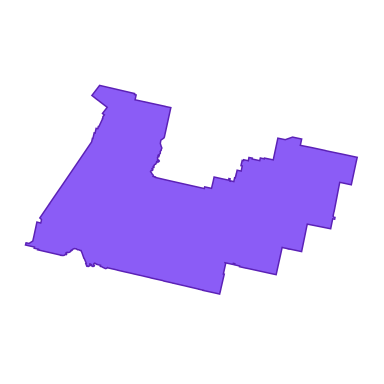 Narrandera, New South Wales, Australia, rotated 94°
{"feature_id": "25037944B16840847352668", "entity_name": "Narrandera", "entity_type": "district", "adm_level": 2, "iso_a3": "AUS", "parent_name": "Australia", "parent_adm1": "New South Wales", "projection": "orthographic", "projection_center": [146.605, -34.591], "detail": "fine", "context": "isolated", "style": "filled", "palette": "violet", "viewbox_px": 384, "rotation_deg": 94, "n_neighbors": 0, "source": "geoboundaries", "source_scale": "gbopen_adm2", "svg_char_len": 5448}
<svg xmlns="http://www.w3.org/2000/svg" viewBox="0 0 384 384"><g transform="rotate(94 192 192)"><path d="M173.7,33.6L150.4,30.3L148.5,30.0L148.4,30.0L145.9,29.6L143.6,45.7L143.1,49.6L141.5,61.3L141.3,62.0L140.0,71.1L139.3,76.0L138.5,82.4L137.9,87.2L131.5,86.3L130.2,95.5L133.3,102.6L132.3,110.1L154.3,113.2L154.0,115.3L153.1,122.1L153.9,122.2L153.3,126.2L156.0,126.6L154.9,134.3L154.0,134.2L153.6,137.6L156.9,138.0L156.2,142.7L157.1,142.8L156.9,144.1L162.3,145.0L162.5,143.7L167.7,144.4L167.1,148.5L171.8,149.2L171.7,149.3L174.9,149.8L174.8,150.5L178.7,151.0L178.2,154.3L178.6,154.4L178.4,155.2L176.2,154.9L176.0,156.1L177.6,156.3L177.6,156.5L176.8,162.3L175.5,171.0L179.8,171.6L187.0,172.8L186.0,179.7L187.7,180.0L184.1,203.6L182.0,217.3L181.9,217.9L181.4,221.1L180.0,229.7L179.5,229.6L179.2,231.8L178.9,231.6L178.7,231.5L178.0,232.0L177.5,232.2L177.4,232.3L177.1,232.7L177.0,232.9L176.4,233.3L175.8,233.7L175.2,234.1L174.8,234.7L174.7,234.8L174.3,234.8L174.0,234.5L173.6,234.3L173.4,234.1L173.4,233.3L173.3,233.1L172.9,232.8L172.6,232.6L172.4,232.6L172.1,232.8L171.8,233.4L171.6,233.5L171.4,233.5L171.3,233.4L170.8,232.7L170.5,232.1L170.3,231.8L170.2,231.7L169.9,231.8L169.7,232.0L169.4,232.4L169.3,232.5L169.2,232.5L169.1,232.4L168.9,232.2L168.9,231.8L168.8,231.7L168.6,231.6L168.0,231.6L167.8,231.6L167.3,231.2L167.0,230.7L166.8,230.2L166.7,230.1L166.0,230.0L165.9,229.9L165.7,229.8L165.4,229.3L165.3,229.2L164.9,229.2L164.5,229.4L164.3,229.4L164.1,229.4L164.1,229.1L164.2,228.9L164.3,228.7L164.5,228.2L164.5,227.8L163.8,227.0L163.6,226.9L163.4,226.8L162.6,227.3L162.4,227.5L162.7,228.0L162.7,228.3L162.6,228.5L162.4,228.5L162.2,228.6L161.2,228.7L160.8,228.6L159.9,228.7L159.8,228.8L159.5,228.6L159.3,228.6L159.2,228.5L159.2,228.4L159.3,228.2L159.2,227.7L158.9,227.8L158.5,227.7L158.3,227.3L157.8,227.2L157.7,227.3L157.8,227.6L157.9,228.1L157.8,228.3L157.7,228.4L156.2,226.7L155.5,226.3L153.7,226.5L152.5,225.6L151.9,225.7L151.3,225.5L150.7,225.2L150.0,225.2L149.5,225.4L148.9,225.8L145.8,227.0L142.5,226.7L140.1,223.8L139.2,223.4L133.0,222.5L109.3,219.0L108.5,224.9L108.4,224.9L106.4,238.7L104.0,255.2L99.1,254.5L98.8,256.2L97.8,256.1L92.1,291.6L102.7,298.6L105.0,295.2L105.3,294.8L113.4,282.5L119.9,286.8L120.6,285.8L121.2,284.8L123.0,286.1L124.7,286.2L125.0,286.4L125.1,286.2L125.5,286.3L125.6,286.5L133.2,289.4L133.2,290.0L135.4,290.4L135.2,292.1L140.0,292.8L139.8,293.7L145.6,294.6L145.5,295.1L149.0,295.6L180.8,314.1L196.9,323.5L197.0,323.6L213.0,333.0L213.3,333.1L213.6,333.1L213.7,333.4L213.8,333.4L228.5,342.0L229.9,340.3L230.1,340.2L232.6,340.5L232.9,340.7L233.5,340.8L232.8,344.6L246.9,346.6L248.8,346.9L252.0,347.4L254.7,351.0L254.3,353.4L254.3,354.0L256.5,354.4L257.9,345.3L259.1,345.5L259.8,341.0L259.9,340.9L260.1,341.1L260.5,341.5L264.1,318.7L264.3,318.7L264.4,318.1L264.2,318.0L264.2,317.7L264.2,317.4L264.4,316.7L264.3,316.1L264.2,315.4L264.1,315.1L263.5,314.4L263.3,314.2L263.2,314.1L263.2,313.7L263.3,313.1L263.1,312.9L262.9,312.8L262.6,312.7L262.3,312.7L262.2,312.8L262.0,313.3L261.8,313.5L261.6,313.5L261.2,313.2L261.0,312.7L260.9,312.5L260.9,312.2L260.9,311.9L261.0,311.4L261.0,311.1L260.8,310.5L260.6,310.0L260.4,309.6L260.1,309.3L259.6,308.9L259.4,308.8L259.1,308.8L258.9,308.8L258.9,308.5L259.0,308.3L259.0,308.1L258.7,307.8L258.3,307.8L258.2,307.8L258.2,307.7L258.3,307.4L258.2,307.3L257.9,307.3L257.6,307.1L257.6,306.9L257.2,306.6L256.8,305.9L256.8,305.6L256.6,305.3L256.6,305.2L256.8,304.9L256.8,304.5L256.8,304.3L256.7,304.2L256.7,303.8L256.7,303.7L256.8,303.2L257.1,303.0L257.3,302.7L257.6,302.0L257.6,301.6L257.5,301.2L257.5,300.9L257.9,300.0L258.1,299.4L258.2,299.2L258.1,298.9L258.1,298.6L260.8,297.3L265.7,295.2L265.8,294.9L270.5,292.5L270.8,293.0L273.3,291.8L273.2,291.6L273.1,291.3L273.2,291.2L273.5,290.8L273.6,290.5L273.6,290.4L273.1,289.6L272.9,289.1L272.6,288.6L272.4,288.5L272.3,288.3L272.1,288.3L271.9,288.4L271.4,288.9L271.2,289.0L270.8,288.9L270.8,288.5L270.9,288.3L271.6,287.2L271.9,287.0L272.6,286.8L272.9,286.6L273.1,286.5L273.2,286.3L273.2,286.2L273.0,285.6L273.0,285.4L273.0,285.2L273.1,284.9L272.9,284.6L272.4,284.3L272.2,284.2L272.0,284.3L271.9,284.4L271.8,284.7L271.6,284.8L271.4,285.0L270.9,285.0L270.3,284.8L270.1,284.7L269.9,284.4L269.8,284.2L269.8,283.9L269.9,283.7L270.2,283.2L270.5,282.6L270.6,282.4L270.6,282.2L270.8,282.2L271.5,278.1L272.6,278.3L272.7,278.1L272.6,277.7L272.7,277.3L272.9,276.7L273.4,275.7L273.7,274.9L274.1,273.8L274.4,273.1L274.4,272.6L274.3,272.3L273.7,271.5L273.7,271.3L273.7,271.2L273.4,271.0L273.5,270.9L274.3,266.0L274.6,263.7L275.0,261.5L275.2,260.7L276.4,253.2L276.8,250.4L277.7,244.6L277.8,244.4L278.0,242.9L280.4,227.6L280.6,227.1L282.4,214.9L282.7,214.2L282.8,213.8L284.0,205.7L284.2,205.1L284.3,204.5L284.3,204.3L284.3,204.1L285.5,196.6L288.4,178.6L288.5,178.6L289.2,173.9L289.4,174.0L291.1,162.4L291.9,157.3L289.7,157.0L289.7,156.9L285.6,156.3L271.7,154.1L271.6,155.0L261.4,153.5L261.2,153.5L260.3,154.0L261.4,146.0L260.3,145.8L260.5,144.3L261.7,144.5L262.5,139.3L263.2,139.4L264.2,132.9L264.2,132.4L265.0,126.8L265.3,124.8L267.1,112.6L268.6,102.3L248.5,99.3L241.0,98.2L241.1,97.5L241.3,96.8L241.7,93.5L241.8,93.4L242.1,92.0L241.9,92.1L243.8,78.5L226.6,76.2L216.6,74.9L216.3,74.8L216.3,74.7L216.0,74.7L219.0,51.1L209.0,49.8L209.2,47.8L207.4,47.6L207.3,48.5L207.1,48.9L207.0,49.0L206.8,49.2L206.5,49.4L206.1,49.6L205.8,49.5L202.2,49.1L201.9,49.0L201.8,48.9L172.1,45.3L172.3,43.4L173.7,33.6Z" fill="#8b5cf6" stroke="#5b21b6" stroke-width="1.5"/></g></svg>